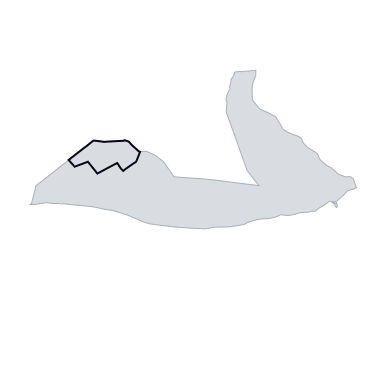 Somalia, with Gedo highlighted, rotated 52°
{"feature_id": "SOM-2314", "entity_name": "Gedo", "entity_type": "Region", "adm_level": 1, "iso_a3": "SOM", "parent_name": "Somalia", "parent_adm1": "", "projection": "orthographic", "projection_center": [41.827, 2.779], "detail": "fine", "context": "in_parent", "style": "outline", "palette": "ink", "viewbox_px": 384, "rotation_deg": 52, "n_neighbors": 0, "source": "natural_earth", "source_scale": "10m", "svg_char_len": 3194}
<svg xmlns="http://www.w3.org/2000/svg" viewBox="0 0 384 384"><g transform="rotate(52 192 192)"><path d="M102.1,325.7L101.8,324.9L99.9,322.5L96.4,318.0L93.8,314.5L91.0,311.0L91.0,308.2L91.0,299.9L90.9,283.2L90.9,266.5L90.8,249.9L90.8,241.5L90.8,238.1L91.1,237.6L94.2,234.5L98.2,230.4L103.6,222.7L106.5,218.6L109.0,215.1L109.6,214.0L111.7,211.9L115.8,210.6L118.3,210.4L126.9,208.9L128.2,208.2L128.9,207.5L129.6,205.8L131.3,203.5L133.5,201.9L137.6,199.8L141.6,198.0L142.5,197.7L147.3,196.6L148.5,196.2L150.5,195.8L151.3,195.8L158.0,196.2L163.2,196.4L168.7,196.8L169.2,196.5L173.0,192.4L179.0,185.7L182.8,181.5L188.7,175.0L193.2,170.3L198.2,165.1L203.0,160.3L208.8,154.6L212.5,151.0L218.1,145.4L223.5,140.0L228.2,135.3L221.6,135.4L215.1,135.4L208.7,135.4L207.6,134.8L202.2,133.1L195.3,130.8L186.8,127.9L180.8,125.9L174.4,123.8L167.8,121.7L162.7,120.0L156.3,117.9L150.8,116.1L150.0,115.7L146.9,112.9L142.9,109.2L142.1,109.1L140.2,108.4L138.4,106.4L136.7,103.9L135.0,100.7L134.3,98.5L132.1,97.6L131.0,95.9L129.0,93.4L127.6,92.2L127.1,91.1L126.5,88.9L125.3,86.5L124.2,85.1L124.0,84.4L124.0,84.0L126.0,80.8L126.9,79.6L128.0,78.5L128.8,77.4L129.1,76.6L131.6,72.8L133.7,69.4L135.4,66.8L139.2,69.8L142.9,75.9L147.2,80.8L153.2,85.3L155.6,86.9L157.7,87.7L168.5,87.5L176.1,83.3L183.0,80.3L185.4,79.7L189.4,80.5L193.9,80.7L197.9,81.6L199.9,81.4L207.8,77.8L212.7,74.4L216.0,72.9L217.4,72.9L222.0,74.1L227.9,73.5L235.9,70.5L238.5,69.9L240.5,69.9L244.9,71.2L245.6,71.1L248.0,70.8L254.2,69.4L259.0,67.2L268.0,65.7L274.7,61.7L275.8,59.8L277.8,57.5L280.8,56.7L288.5,59.4L289.7,59.6L289.4,61.3L289.2,63.0L287.7,66.0L286.8,69.3L287.7,74.4L288.3,82.6L288.1,83.8L287.7,85.0L287.5,85.9L286.7,86.2L286.3,86.8L286.9,87.0L289.3,86.1L289.2,85.1L289.4,84.6L291.4,85.7L292.8,86.1L293.2,87.2L293.1,87.9L290.9,87.6L289.7,87.0L286.4,87.9L284.4,88.9L283.9,90.6L283.6,97.0L282.9,101.2L282.9,106.8L280.3,110.5L279.4,113.1L275.5,118.3L273.5,122.8L272.9,124.9L269.5,131.1L264.7,135.8L263.1,141.8L261.4,145.5L259.5,148.9L255.2,155.0L253.1,159.3L250.4,166.6L249.6,171.2L242.0,184.7L234.0,195.4L229.0,204.5L219.9,215.0L207.6,228.6L191.3,244.7L186.9,248.0L169.0,257.9L157.4,266.2L151.5,271.9L145.3,276.8L140.3,281.5L125.4,297.3L123.8,298.8L122.4,300.2L120.5,302.9L119.2,303.9L115.6,308.4L113.4,310.8L110.9,313.1L109.8,314.7L109.1,316.6L108.2,317.6L106.0,322.1L104.0,325.0L102.0,327.3L102.1,325.7Z" fill="#d9dde1" stroke="#a8b0b8" stroke-width="1"/><path d="M109.0,215.1L109.2,214.7L109.5,214.5L109.6,214.2L109.6,213.6L109.7,213.2L110.1,212.9L111.5,212.1L112.6,211.2L113.3,210.8L113.9,210.7L115.6,210.7L117.1,210.6L119.4,210.3L122.5,209.7L125.4,209.2L126.8,209.0L127.7,208.6L128.4,208.2L128.8,208.9L133.0,216.0L133.8,217.6L133.4,221.2L133.0,229.9L133.0,233.2L129.6,233.6L123.1,233.1L121.9,239.6L121.3,243.0L119.2,255.2L104.1,255.4L99.8,268.9L90.8,269.5L90.8,269.1L90.8,266.7L90.8,264.2L90.8,261.7L90.8,259.2L90.8,256.8L90.8,254.3L90.8,252.2L90.8,250.1L90.9,248.0L90.9,245.9L90.9,244.4L90.8,241.7L90.8,239.2L90.8,238.1L91.1,237.6L91.8,236.9L93.4,235.3L95.0,233.7L96.6,232.1L98.3,230.5L99.3,229.0L100.3,227.5L101.3,226.1L102.4,224.6L104.0,222.2L105.7,219.8L107.3,217.5L109.0,215.1Z" fill="none" stroke="#020617" stroke-width="2"/></g></svg>